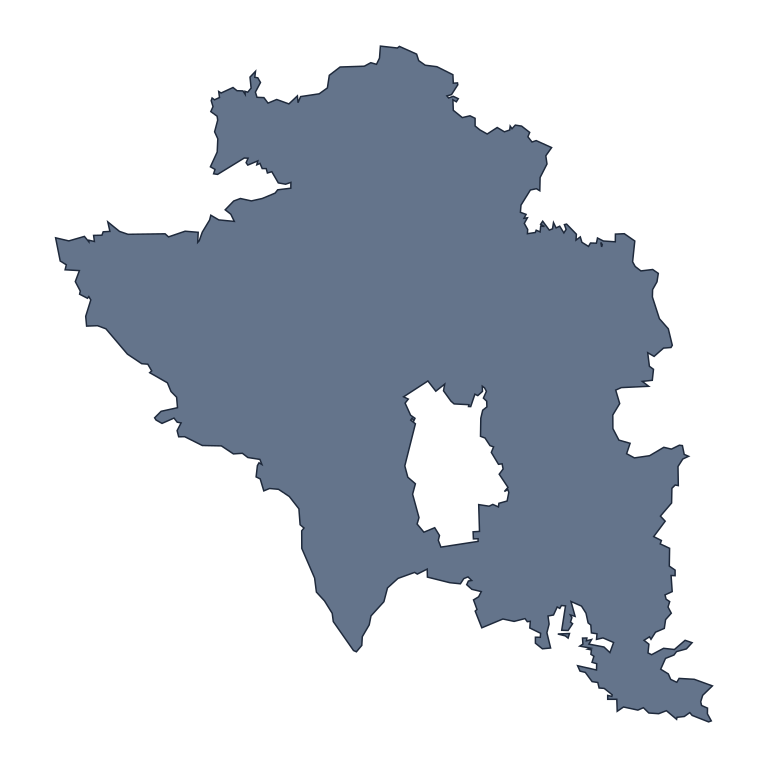 Semarang, Jawa Tengah, Indonesia (Albers equal-area conic projection)
{"feature_id": "22746128B46914217687538", "entity_name": "Semarang", "entity_type": "district", "adm_level": 2, "iso_a3": "IDN", "parent_name": "Indonesia", "parent_adm1": "Jawa Tengah", "projection": "albers", "projection_center": [110.496, -7.288], "detail": "fine", "context": "isolated", "style": "filled", "palette": "slate", "viewbox_px": 768, "rotation_deg": 0, "n_neighbors": 0, "source": "geoboundaries", "source_scale": "gbopen_adm2", "svg_char_len": 6067}
<svg xmlns="http://www.w3.org/2000/svg" viewBox="0 0 768 768"><path d="M658.3,273.4L652.7,269.5L640.9,270.9L635.2,266.5L632.6,261.8L634.8,241.0L624.3,233.7L615.4,234.1L615.3,241.8L603.4,241.0L597.5,238.0L596.4,243.2L590.5,243.0L588.5,246.4L581.9,242.3L580.3,236.9L576.0,240.1L576.4,234.2L566.6,224.1L564.4,224.6L566.1,229.4L563.9,232.9L559.7,226.2L556.1,227.9L553.5,222.6L552.5,228.8L549.3,230.1L542.7,221.2L540.6,224.3L544.5,226.5L540.7,226.1L540.1,231.9L536.2,230.2L535.3,232.5L527.4,233.7L527.7,229.5L524.3,223.4L527.4,217.8L524.0,218.3L526.1,214.4L520.4,212.3L521.0,205.1L530.4,190.0L536.4,188.7L539.8,190.8L540.1,177.5L547.0,164.0L545.8,155.8L551.6,147.6L536.2,140.6L532.0,142.0L527.9,136.8L529.7,132.4L521.6,126.1L515.3,125.1L512.0,128.7L510.2,126.1L509.7,130.0L504.4,131.8L497.2,127.5L487.2,134.0L479.9,129.9L475.1,126.0L475.1,118.3L470.0,115.8L462.3,117.6L453.3,110.3L452.9,99.8L456.3,101.8L458.3,98.7L453.2,96.3L448.6,98.0L446.9,95.9L451.5,94.6L457.8,84.8L457.5,82.9L453.3,83.2L452.9,74.7L436.9,66.7L425.2,65.2L418.7,60.6L416.6,54.1L399.4,46.4L397.4,48.0L380.4,46.1L379.5,58.1L376.5,64.3L370.8,62.7L364.3,66.2L340.1,67.0L329.3,75.3L327.4,87.9L319.2,93.8L300.6,96.6L298.0,102.7L297.4,95.9L288.9,103.9L276.7,99.5L268.0,103.1L263.9,97.6L257.0,97.3L255.4,92.1L260.5,82.5L257.8,77.8L254.8,77.3L255.5,71.3L250.0,77.1L251.1,88.1L247.7,92.2L245.0,91.3L245.2,94.4L242.9,90.9L237.0,90.7L233.0,87.5L221.1,93.0L218.7,91.5L219.5,97.5L214.5,99.8L212.1,98.0L211.2,100.7L213.0,106.6L210.8,111.6L217.1,116.2L217.7,120.1L214.6,131.8L217.8,138.8L217.2,152.0L210.4,166.8L215.0,169.4L213.6,173.8L217.6,174.4L244.3,158.0L248.1,158.2L246.1,162.7L247.8,165.1L257.8,160.9L256.8,164.8L260.0,163.4L262.2,168.6L266.2,168.6L267.4,173.0L271.8,171.7L278.3,182.9L285.6,184.2L290.9,182.4L290.8,188.2L277.7,189.8L275.1,193.1L262.2,198.5L251.4,200.9L240.4,198.5L233.7,201.0L225.2,209.8L230.8,214.2L234.3,221.4L218.8,219.9L210.8,215.2L209.6,220.0L202.3,232.1L199.2,240.8L197.7,242.4L198.2,232.3L185.1,231.2L168.5,236.9L165.1,233.8L128.0,234.3L119.5,231.4L107.8,221.9L109.9,231.4L103.2,231.8L101.9,235.2L93.6,235.4L94.4,241.5L88.9,240.2L88.9,241.9L84.4,236.4L68.8,240.9L55.6,237.8L60.2,261.0L66.3,264.8L65.1,269.8L79.4,270.6L75.3,281.6L80.3,291.1L79.6,294.2L87.5,298.3L88.8,296.6L90.8,299.9L85.7,316.3L86.6,326.1L97.5,325.7L105.9,328.8L127.4,354.1L141.7,363.7L147.8,364.2L151.7,370.9L149.7,372.7L167.4,382.8L171.0,391.5L176.6,397.2L177.5,407.7L161.1,411.3L154.6,417.8L156.0,420.0L162.0,423.4L174.0,418.1L177.2,422.2L181.1,422.9L177.1,430.6L178.7,436.8L184.7,436.7L202.3,445.5L221.4,445.9L233.4,453.9L242.4,453.3L247.8,457.5L259.9,459.4L261.9,464.5L259.0,462.8L257.4,465.6L256.1,476.9L260.2,478.9L263.8,490.9L269.5,488.5L278.5,489.3L289.3,496.5L298.9,508.8L300.1,524.7L304.0,528.0L301.7,530.8L301.8,548.4L314.6,578.0L316.4,592.1L324.5,600.9L332.2,613.3L333.3,621.6L353.5,650.5L356.4,651.8L361.8,645.4L362.3,636.7L369.2,624.9L371.0,615.9L383.9,601.7L387.5,587.9L398.0,578.4L414.6,572.4L417.3,574.1L427.2,569.1L427.4,577.1L449.8,582.7L460.4,583.8L463.8,578.6L468.0,576.9L471.7,580.5L468.4,581.0L466.7,584.7L471.8,589.3L481.3,591.6L478.6,596.8L473.5,599.9L477.0,609.5L475.2,611.1L481.8,627.8L502.9,619.0L514.1,621.4L525.0,618.6L527.3,621.7L530.3,621.3L529.8,628.0L540.6,633.3L540.3,637.3L535.4,637.2L535.4,643.2L542.4,648.8L550.6,648.0L546.9,632.7L549.1,624.1L548.0,616.0L553.5,615.0L557.2,607.0L559.8,608.4L561.4,605.5L565.5,605.9L561.7,630.3L568.1,630.5L572.6,623.7L570.5,622.1L571.9,617.7L570.3,614.9L575.1,616.4L571.0,601.5L581.5,606.1L586.0,613.2L588.1,622.9L590.8,625.0L591.4,632.9L597.0,633.8L596.5,639.4L603.0,637.9L613.6,642.5L609.9,652.6L604.0,647.0L588.9,644.1L591.6,639.5L586.4,640.8L586.9,638.0L582.5,638.1L582.9,644.1L579.8,646.1L590.7,648.2L587.9,649.2L591.4,649.9L590.9,654.3L593.9,656.3L592.0,662.3L596.7,663.7L596.5,670.0L577.6,665.7L580.0,671.1L585.3,672.4L592.1,681.6L597.8,682.5L599.1,688.0L604.2,688.4L612.2,694.8L611.8,696.4L607.7,695.4L607.7,699.3L616.8,699.3L617.2,711.3L623.5,707.0L637.9,710.1L643.4,707.7L648.8,713.0L658.7,713.7L666.4,710.7L676.6,719.3L677.0,717.3L684.3,716.5L689.8,712.6L692.1,715.4L708.6,721.9L711.3,720.9L707.4,713.8L707.5,708.1L701.6,705.5L700.7,701.8L702.7,695.3L712.4,685.9L694.3,679.3L679.1,678.4L676.8,682.3L670.7,679.4L668.3,673.9L660.7,669.2L665.5,658.4L674.0,655.0L676.5,651.6L686.4,648.9L692.1,642.7L685.1,640.3L674.4,649.5L663.6,648.3L651.6,654.7L648.0,652.9L648.9,644.2L644.0,640.3L649.5,636.8L651.0,639.3L655.5,632.2L664.3,628.4L665.6,619.6L671.3,613.2L668.0,607.0L669.7,601.6L666.1,599.2L665.0,594.9L672.2,591.6L671.1,575.5L675.1,575.7L675.1,570.1L669.3,566.1L669.6,548.3L660.2,543.9L661.4,540.5L653.7,536.6L665.2,521.2L660.4,516.1L671.6,503.0L671.9,488.3L675.2,485.0L678.3,485.6L678.0,466.5L682.8,459.0L688.6,456.3L684.2,454.4L682.4,445.6L679.4,445.2L671.4,449.1L663.8,447.3L649.6,455.7L634.4,457.9L626.6,453.7L630.1,443.3L618.9,440.1L612.9,428.6L612.8,415.0L619.7,403.6L615.7,390.1L621.3,387.6L648.7,386.3L642.3,381.4L652.3,380.3L653.5,369.3L649.4,366.3L647.7,352.7L654.1,356.4L663.5,348.1L671.0,347.5L672.3,345.3L668.3,328.8L659.4,318.7L652.4,297.0L652.6,289.6L657.0,281.8L658.3,273.4ZM410.6,415.2L405.1,403.1L408.3,399.1L403.6,396.8L427.9,381.0L435.8,391.2L444.7,384.1L443.5,390.8L451.0,401.2L454.1,403.9L468.9,404.7L468.5,406.5L470.7,406.6L474.9,394.2L477.8,395.6L482.5,391.4L482.3,386.2L484.6,387.9L486.4,391.3L483.4,398.1L486.7,401.2L486.9,406.9L482.7,410.2L480.8,418.2L480.5,436.3L485.0,438.0L490.0,445.6L493.6,446.9L491.3,452.4L498.5,464.3L502.1,463.8L503.1,469.0L499.2,474.2L508.0,487.4L504.4,491.5L507.8,489.6L508.8,492.4L507.1,501.0L498.9,503.3L498.4,506.9L492.8,504.4L489.1,506.2L478.7,504.6L479.5,531.4L473.1,531.8L473.4,538.9L478.1,538.7L478.1,541.4L440.9,547.1L438.3,540.3L439.5,535.5L434.7,527.7L423.9,532.2L417.1,524.0L419.0,517.6L412.6,494.2L415.4,483.8L407.8,477.2L404.8,465.9L415.4,423.8L410.7,420.1L412.0,418.3L413.9,420.7L415.0,418.3L410.6,415.2ZM602.3,244.7L601.6,246.9L600.8,242.4L602.3,244.7ZM568.1,638.1L569.5,633.5L557.8,634.0L565.3,635.9L568.1,638.1Z" fill="#64748b" stroke="#1e293b" stroke-width="1.5"/></svg>